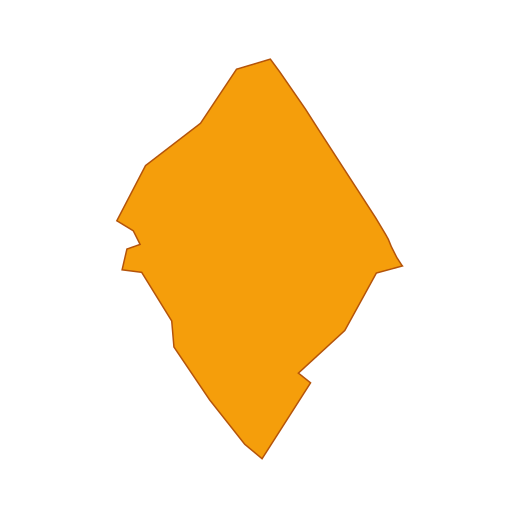 Fashoda, Upper Nile, South Sudan (Albers equal-area conic projection), rotated 106°
{"feature_id": "79223893B4456195620437", "entity_name": "Fashoda", "entity_type": "district", "adm_level": 2, "iso_a3": "SSD", "parent_name": "South Sudan", "parent_adm1": "Upper Nile", "projection": "albers", "projection_center": [31.842, 9.988], "detail": "fine", "context": "isolated", "style": "filled", "palette": "amber", "viewbox_px": 512, "rotation_deg": 106, "n_neighbors": 0, "source": "geoboundaries", "source_scale": "gbopen_adm2", "svg_char_len": 528}
<svg xmlns="http://www.w3.org/2000/svg" viewBox="0 0 512 512"><g transform="rotate(106 256 256)"><path d="M260.5,399.5L265.6,380.9L276.8,370.6L284.9,382.0L306.2,380.9L303.2,361.4L341.7,319.1L366.1,309.8L407.1,260.9L440.1,214.9L449.2,194.3L362.9,168.6L356.9,183.0L303.1,150.1L239.2,135.6L225.2,112.5L224.6,113.4L218.6,120.3L209.6,128.6L203.6,133.3L199.5,137.4L186.4,151.4L118.0,229.9L101.3,248.8L72.5,283.9L62.8,296.5L81.8,326.2L143.7,345.9L199.5,387.1L260.5,399.5Z" fill="#f59e0b" stroke="#b45309" stroke-width="1.5"/></g></svg>